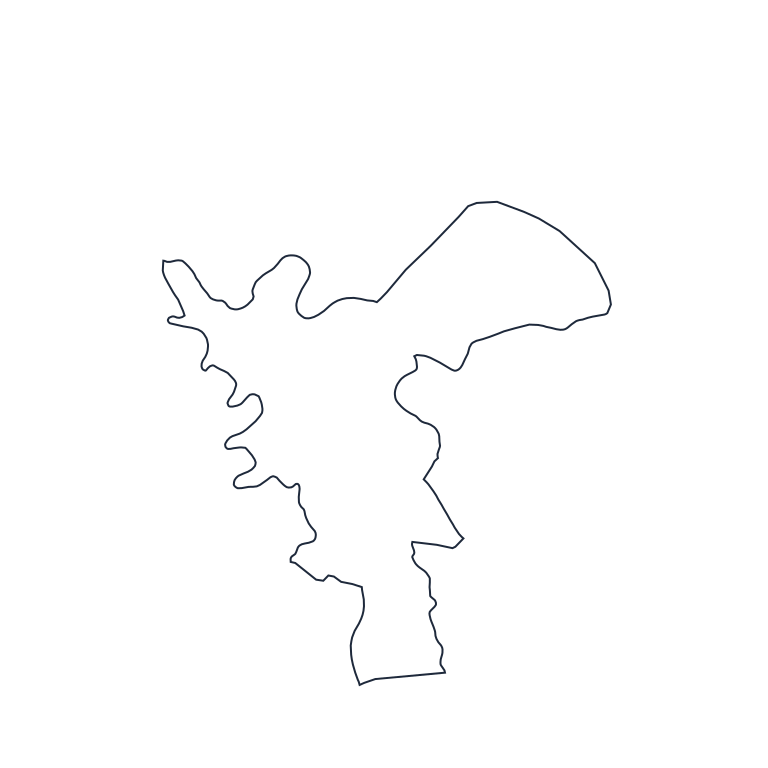 the district of Fond Assau/Babonneau, Dauphin, Saint Lucia, rotated 224°
{"feature_id": "8701671B78261941759356", "entity_name": "Fond Assau/Babonneau", "entity_type": "district", "adm_level": 2, "iso_a3": "LCA", "parent_name": "Saint Lucia", "parent_adm1": "Dauphin", "projection": "albers", "projection_center": [-60.936, 13.995], "detail": "fine", "context": "isolated", "style": "outline", "palette": "slate", "viewbox_px": 768, "rotation_deg": 224, "n_neighbors": 0, "source": "geoboundaries", "source_scale": "gbopen_adm2", "svg_char_len": 6166}
<svg xmlns="http://www.w3.org/2000/svg" viewBox="0 0 768 768"><g transform="rotate(224 384 384)"><path d="M327.5,191.2L323.5,193.6L296.9,196.1L291.0,200.3L291.0,207.6L286.3,210.7L277.4,211.9L268.0,218.0L258.9,222.5L256.7,220.6L248.9,215.0L244.0,210.2L241.2,206.6L239.1,203.1L237.4,199.4L235.6,194.2L233.6,186.0L230.9,179.6L228.8,176.3L226.3,172.8L219.5,166.4L215.8,163.5L211.5,160.6L204.2,156.4L197.3,153.0L195.4,152.3L192.5,150.6L190.6,155.3L185.3,165.7L139.6,218.7L141.6,220.0L147.4,221.2L148.3,221.5L149.1,222.1L150.2,223.2L151.9,225.3L154.3,229.8L155.2,231.2L157.6,233.8L159.1,234.8L161.3,235.6L165.5,236.0L169.2,237.1L172.0,238.6L175.0,241.2L176.3,242.0L179.8,243.8L185.0,246.1L187.2,247.2L190.6,249.4L191.9,250.5L192.8,251.9L193.0,254.0L192.9,258.8L193.2,260.9L193.6,261.7L194.8,262.8L196.8,263.7L197.6,263.8L201.7,263.5L203.2,263.5L203.7,263.8L207.6,267.4L210.1,269.5L213.1,273.0L215.9,275.9L216.7,276.3L218.0,276.7L222.5,277.6L225.1,277.6L230.9,276.7L233.3,276.5L235.7,276.6L237.0,276.8L240.4,277.8L243.4,279.1L243.9,279.8L244.4,282.7L245.1,283.8L246.8,285.1L251.4,287.3L252.7,288.3L253.9,290.1L234.3,305.0L220.7,313.5L219.6,316.5L219.6,328.1L222.0,328.0L225.9,328.2L233.4,329.8L236.9,330.9L242.4,332.3L247.9,334.0L254.5,335.8L258.7,337.1L264.6,338.6L268.8,340.0L274.0,341.2L282.4,342.7L285.1,342.9L289.2,343.0L292.2,357.9L294.0,363.4L293.7,368.2L294.1,368.4L295.4,369.4L296.9,370.8L299.0,375.0L300.1,377.5L300.8,378.5L304.0,381.0L308.0,384.8L309.9,386.1L311.3,386.6L314.7,387.6L316.6,387.8L318.1,387.8L322.0,387.1L323.1,386.7L324.9,386.0L328.1,384.2L330.7,383.2L333.1,382.9L337.8,383.1L339.1,383.0L344.4,381.3L349.2,380.3L352.4,379.9L356.1,379.8L361.3,380.2L363.5,380.7L364.9,381.2L366.5,382.1L369.1,384.2L370.3,385.5L371.7,387.5L373.5,391.0L374.3,393.6L375.0,397.7L375.1,400.2L374.6,403.9L373.8,406.6L371.7,412.5L370.9,415.3L370.8,416.8L371.1,417.8L372.1,419.2L376.2,422.6L378.3,423.9L381.5,425.0L380.5,427.7L374.8,432.2L372.9,433.3L368.8,435.1L358.7,438.2L345.5,441.3L343.0,442.3L342.2,442.8L341.4,443.8L340.7,445.3L340.3,447.2L340.3,449.1L340.9,452.1L343.0,458.1L344.8,464.0L348.0,469.8L349.0,473.7L348.9,475.0L348.6,476.2L347.5,479.3L344.1,484.9L340.7,491.4L336.7,499.8L334.3,505.2L328.5,515.1L320.7,527.7L314.2,533.5L309.7,536.5L307.0,537.8L302.9,540.4L298.0,543.2L294.8,545.5L292.9,547.5L291.9,549.1L291.3,550.8L291.0,552.5L290.5,557.3L289.5,562.5L288.9,563.9L287.8,565.8L285.9,568.3L283.3,573.3L280.7,577.4L273.6,587.2L273.0,588.4L272.6,590.1L276.0,598.8L287.3,607.2L316.3,617.4L363.9,616.0L387.6,610.6L402.8,605.1L429.2,593.6L443.1,578.6L447.0,570.4L446.4,556.1L446.4,516.0L447.7,481.3L445.7,452.1L445.7,443.2L446.0,437.9L449.5,436.2L454.1,432.5L459.9,429.0L465.5,425.0L470.4,419.9L473.0,416.2L475.3,411.7L476.3,408.5L476.9,406.2L477.4,402.6L477.9,394.9L479.3,388.2L480.9,383.6L482.7,380.4L483.8,378.9L485.8,377.1L487.3,376.2L490.7,375.6L493.9,375.5L495.7,375.7L497.0,376.2L498.8,377.3L501.5,379.5L502.8,381.0L505.0,384.7L507.0,389.7L508.9,395.1L511.5,406.8L513.0,410.2L513.9,411.9L514.7,412.9L517.2,414.9L519.6,416.3L521.4,416.9L523.1,417.2L524.9,417.4L527.9,417.3L531.0,417.0L532.6,416.7L534.9,415.8L536.2,415.2L538.2,413.8L540.3,411.9L541.7,410.3L543.2,408.0L543.7,406.9L544.4,404.0L544.4,400.9L543.9,396.6L543.7,391.0L544.1,388.1L545.9,381.5L546.6,378.0L547.1,370.2L547.0,368.1L546.2,365.8L544.1,360.8L543.3,359.5L541.3,357.9L538.6,356.4L537.2,353.7L537.3,346.3L537.8,343.4L538.6,340.8L539.6,338.7L541.0,336.3L542.2,334.9L543.5,333.8L544.9,333.0L546.0,332.3L547.6,331.6L550.7,331.5L553.1,332.0L554.8,332.2L557.8,331.7L559.0,331.0L561.3,328.7L562.8,327.6L565.8,326.1L568.4,325.4L569.9,325.5L574.1,326.4L579.5,326.9L583.0,327.4L584.8,327.9L587.3,328.9L592.7,329.7L596.7,331.3L600.1,332.1L606.0,332.7L610.7,332.8L614.0,332.6L615.2,332.2L617.9,330.1L619.4,328.3L622.6,323.4L624.0,322.0L625.0,321.1L627.4,320.1L628.4,319.4L622.0,312.0L620.3,310.8L617.9,309.5L615.4,308.4L609.1,306.4L599.7,303.6L596.0,302.7L590.7,301.7L579.1,296.9L575.0,294.7L575.7,291.9L577.2,289.4L579.0,288.0L581.4,287.0L582.6,286.2L583.3,285.4L583.7,284.6L584.6,282.4L584.6,282.0L584.4,281.2L584.1,280.2L583.5,279.5L582.3,279.0L581.3,278.9L580.4,278.9L579.1,279.6L568.5,286.0L561.5,290.8L555.6,294.0L551.5,295.0L548.6,294.9L543.7,293.7L542.1,292.9L538.1,290.2L536.8,288.9L534.1,285.5L532.6,282.8L531.4,279.4L530.6,274.9L529.3,272.0L527.5,269.9L526.3,269.2L525.0,268.7L524.1,268.7L522.7,269.1L521.9,269.4L521.5,270.0L521.7,273.3L521.5,275.8L520.8,277.4L520.1,278.5L519.0,279.1L515.2,279.9L512.3,280.7L508.0,282.3L504.1,283.4L495.2,283.0L493.3,282.7L491.4,282.0L490.3,281.3L489.3,280.1L486.5,274.2L485.6,271.3L484.9,265.5L483.9,262.7L483.4,261.7L483.1,261.4L481.4,260.6L480.5,260.3L479.6,260.5L478.9,260.9L477.1,262.7L474.5,266.6L473.3,269.4L473.0,270.6L472.9,272.3L473.2,279.3L473.1,281.9L473.0,283.0L471.8,284.9L471.2,285.6L469.8,286.7L465.7,288.1L464.4,287.7L459.7,285.6L457.6,284.3L454.2,281.7L453.0,280.4L451.7,278.5L451.0,274.9L450.5,268.0L451.4,255.9L452.2,251.5L453.3,248.1L456.8,241.2L457.6,238.4L457.6,234.5L456.8,231.1L456.2,230.0L454.4,228.7L452.7,228.5L451.8,228.6L451.0,229.0L449.3,230.8L447.6,233.3L444.0,237.8L442.8,239.1L439.4,241.8L437.7,241.8L429.5,241.0L424.6,239.8L421.9,238.5L420.8,237.1L419.9,235.4L419.7,232.9L419.8,230.4L420.9,226.4L422.9,222.0L424.9,217.0L425.1,215.6L425.1,213.3L424.7,211.1L423.7,209.2L422.3,207.5L422.0,207.2L420.7,206.8L419.2,206.8L417.7,207.1L416.9,207.4L416.2,208.0L414.0,210.3L409.8,216.1L406.7,219.2L404.4,222.0L403.1,225.3L401.5,233.8L400.9,238.1L400.1,240.0L399.6,240.7L398.1,241.5L396.1,242.2L392.0,241.8L387.1,241.7L384.8,241.8L382.4,242.2L380.6,243.3L378.9,245.3L378.3,247.0L378.0,250.7L377.5,251.4L376.9,252.0L376.1,252.3L374.9,252.1L373.6,251.4L371.8,249.9L366.9,243.6L363.2,240.0L362.1,239.3L360.3,238.6L358.2,238.1L354.7,238.1L354.2,237.9L352.9,237.3L349.5,234.9L346.8,233.5L341.3,231.4L337.2,230.6L331.6,230.1L329.7,229.3L328.2,228.1L327.5,227.2L326.7,226.1L326.0,224.7L325.7,222.8L325.9,221.4L327.8,217.6L330.2,214.2L331.8,211.6L332.5,209.3L332.6,208.3L332.4,206.6L330.5,202.3L329.8,200.2L329.9,199.2L330.5,196.1L330.4,194.9L330.0,193.8L329.5,193.1L327.5,191.2Z" fill="none" stroke="#1e293b" stroke-width="2"/></g></svg>